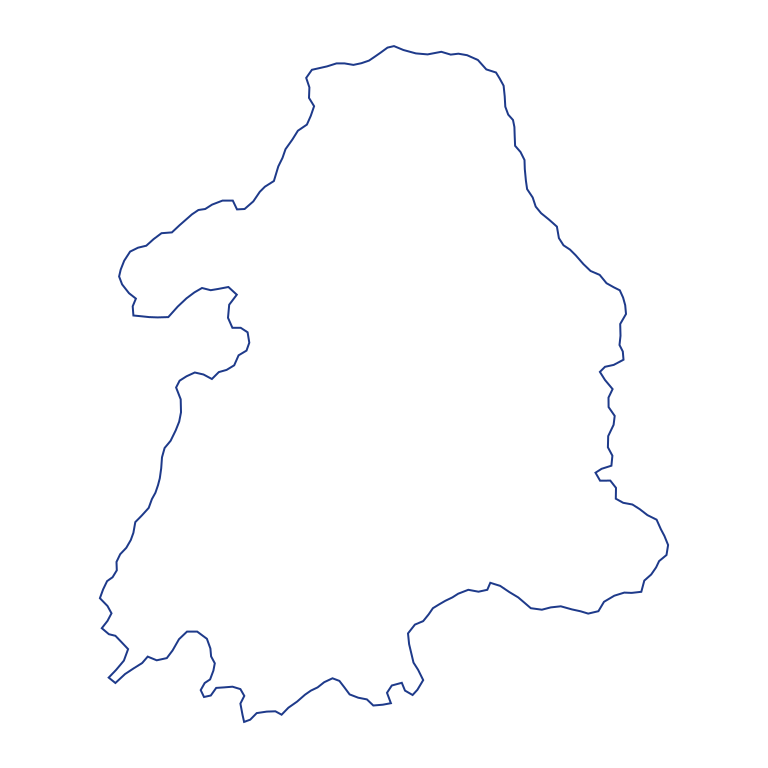 outline of Santa Rita do Itueto, Minas Gerais, Brazil
{"feature_id": "56859067B20949833690763", "entity_name": "Santa Rita do Itueto", "entity_type": "district", "adm_level": 2, "iso_a3": "BRA", "parent_name": "Brazil", "parent_adm1": "Minas Gerais", "projection": "orthographic", "projection_center": [-41.399, -19.406], "detail": "fine", "context": "isolated", "style": "outline", "palette": "blue", "viewbox_px": 768, "rotation_deg": 0, "n_neighbors": 0, "source": "geoboundaries", "source_scale": "gbopen_adm2", "svg_char_len": 3519}
<svg xmlns="http://www.w3.org/2000/svg" viewBox="0 0 768 768"><path d="M641.3,591.8L644.3,580.6L651.2,574.5L656.1,567.4L659.1,561.1L666.5,555.0L668.1,545.0L664.4,535.9L660.9,529.3L656.6,519.7L647.4,515.1L639.5,509.0L632.4,504.5L623.2,502.8L615.8,498.7L616.0,487.9L610.3,480.6L600.1,480.7L595.5,472.7L601.6,468.8L611.4,465.7L612.4,455.7L607.9,447.3L608.2,436.1L613.6,424.8L614.7,415.9L608.6,407.1L608.5,397.6L612.6,389.1L605.0,380.0L599.9,371.9L605.0,366.8L613.7,364.9L623.5,359.7L622.8,351.5L619.5,345.0L620.5,335.8L620.2,324.0L626.0,314.0L625.2,305.2L623.1,297.6L619.8,290.3L613.8,287.3L606.5,283.2L599.7,274.9L590.6,271.0L583.4,264.1L575.8,255.4L570.0,249.6L563.5,245.3L558.9,238.1L556.9,226.6L549.0,219.6L541.1,213.2L535.7,206.6L532.7,197.5L527.1,189.1L525.9,180.6L524.8,169.1L524.5,160.0L520.5,152.0L515.1,145.8L514.7,136.1L514.4,127.0L513.0,120.0L508.2,114.6L505.3,106.7L504.7,96.3L503.6,85.7L499.6,78.4L496.0,72.5L486.3,69.4L477.9,60.0L467.1,55.2L458.4,53.7L450.7,54.6L441.3,51.8L427.6,54.4L415.9,53.4L403.4,50.0L394.0,46.1L387.5,47.6L380.8,52.5L375.2,56.4L369.0,60.6L361.4,63.2L353.4,64.9L344.5,63.4L336.5,63.4L327.0,66.4L311.9,69.8L306.2,77.9L309.4,87.4L309.0,97.9L314.1,106.2L310.8,115.8L306.9,124.6L297.9,130.7L292.4,139.5L285.5,149.2L282.5,157.9L278.3,166.4L273.9,181.0L264.9,186.7L259.8,191.8L253.3,201.4L244.6,209.0L237.0,209.4L232.8,200.6L222.5,200.6L212.1,204.6L205.2,209.0L198.4,210.0L191.9,214.4L186.9,218.8L179.8,225.0L171.9,232.4L161.5,233.2L153.5,239.2L146.3,245.7L138.0,247.7L130.1,251.6L124.2,260.7L120.7,269.6L119.1,276.5L122.1,284.4L129.0,293.2L135.9,298.6L132.7,306.3L133.4,315.5L141.6,316.3L149.2,317.1L157.5,317.4L168.3,317.1L177.7,306.6L186.5,298.3L194.4,292.4L202.0,288.0L210.7,290.2L217.9,289.0L228.4,287.0L236.8,294.7L229.2,304.7L228.0,317.8L232.4,327.8L240.7,327.8L247.6,332.3L249.3,342.7L246.5,350.6L238.6,355.3L234.2,365.3L226.6,369.9L218.8,372.1L211.9,379.0L203.5,374.5L194.8,372.5L186.5,376.3L179.6,380.7L176.1,387.5L180.7,399.3L181.0,412.3L179.2,421.6L175.7,430.4L170.6,440.8L164.6,448.0L162.0,457.3L161.2,468.3L159.8,478.3L158.0,485.2L155.4,492.8L151.9,499.1L148.7,507.9L141.8,515.5L135.3,522.1L133.4,532.8L130.8,540.0L126.3,547.8L120.2,554.2L116.5,561.9L116.8,570.3L112.6,577.2L107.1,581.1L103.1,589.4L99.9,598.2L107.5,606.0L111.5,613.3L107.5,620.9L101.8,628.2L108.9,634.2L115.4,635.8L120.9,641.5L128.1,649.1L123.9,660.6L116.1,669.9L108.7,677.6L115.4,683.0L125.1,674.0L133.6,668.4L142.2,663.0L147.7,656.6L156.7,660.3L166.8,658.1L172.6,650.4L179.0,639.2L187.0,631.6L197.2,631.6L206.9,638.8L210.4,648.5L211.1,656.4L214.8,663.3L213.4,670.6L210.1,679.4L204.7,683.0L200.7,690.1L204.0,697.0L210.8,695.5L216.2,687.9L223.8,687.4L232.5,686.7L240.4,689.1L244.3,695.9L240.4,703.6L242.5,714.8L244.1,721.9L250.2,719.7L256.7,713.1L266.8,711.6L275.4,711.3L281.6,714.7L288.4,707.7L297.1,701.6L305.0,694.7L310.9,690.6L317.6,687.4L324.2,682.2L332.5,678.3L339.4,680.9L344.1,687.0L349.6,694.4L358.2,697.7L366.9,699.4L373.3,705.5L382.8,704.7L390.9,703.2L387.0,692.8L391.8,685.5L401.8,682.8L405.0,690.6L412.6,695.0L417.4,689.8L423.2,680.1L418.1,669.8L413.5,662.6L411.6,654.6L409.1,644.1L408.0,633.4L414.9,624.6L423.2,621.1L428.7,614.3L432.9,608.2L439.1,604.4L445.3,600.8L452.4,597.4L458.2,593.7L468.3,589.8L478.5,591.7L487.3,589.8L490.3,582.8L500.2,585.9L509.4,592.1L518.2,597.4L524.2,602.5L530.8,608.2L541.9,609.7L550.7,607.4L560.8,606.3L571.9,609.4L580.6,611.3L588.2,613.6L598.4,611.2L604.0,601.8L614.3,595.7L624.3,592.6L631.6,592.9L641.3,591.8Z" fill="none" stroke="#1e3a8a" stroke-width="2"/></svg>